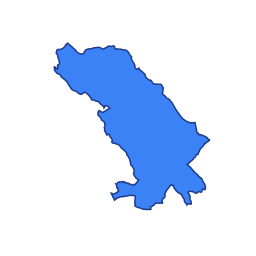 outline of Aquitania, Boyacá, Colombia, rotated 110°
{"feature_id": "7082276B52968134659257", "entity_name": "Aquitania", "entity_type": "district", "adm_level": 2, "iso_a3": "COL", "parent_name": "Colombia", "parent_adm1": "Boyacá", "projection": "robinson", "projection_center": [-72.858, 5.421], "detail": "fine", "context": "isolated", "style": "filled", "palette": "blue", "viewbox_px": 256, "rotation_deg": 110, "n_neighbors": 0, "source": "geoboundaries", "source_scale": "gbopen_adm2", "svg_char_len": 5805}
<svg xmlns="http://www.w3.org/2000/svg" viewBox="0 0 256 256"><g transform="rotate(110 128 128)"><path d="M100.0,66.9L101.4,70.2L101.9,72.5L101.7,75.5L100.8,79.2L98.6,83.1L93.9,89.8L89.0,95.5L88.8,96.3L88.2,96.9L88.2,97.1L87.5,98.1L87.2,99.2L86.7,100.1L86.8,101.1L86.4,102.5L86.2,102.9L85.6,103.3L84.7,106.2L84.2,107.2L83.4,107.7L82.6,107.5L81.6,107.9L79.3,108.3L78.2,108.7L77.1,109.9L75.9,111.6L75.7,112.4L77.1,116.1L77.7,119.1L77.2,120.5L75.8,121.9L75.5,122.5L75.3,123.5L75.7,124.6L75.6,125.3L75.3,125.9L74.3,128.6L73.9,129.0L72.4,129.8L71.8,130.5L71.1,131.8L70.8,132.8L70.6,133.1L70.0,134.5L69.4,136.8L68.4,137.8L68.0,138.3L68.3,138.7L69.0,138.8L69.6,139.3L69.6,140.6L69.2,141.9L68.9,142.3L67.6,142.5L66.8,143.0L65.1,144.6L63.7,146.6L61.8,148.6L60.4,148.7L60.1,148.9L58.8,151.0L57.9,152.2L56.9,153.2L55.7,155.8L55.6,156.4L55.6,157.3L56.3,159.4L56.3,161.2L56.6,162.3L57.0,163.2L57.2,165.1L57.8,165.8L58.0,166.6L57.8,167.6L56.4,168.3L55.6,169.3L57.4,172.3L57.3,173.7L58.1,174.6L62.4,178.2L62.1,181.1L62.1,182.6L62.3,183.4L64.2,187.2L66.5,190.3L66.9,191.6L67.5,192.5L68.6,193.9L69.4,194.6L70.7,195.0L72.8,195.1L73.4,195.3L74.0,196.1L74.5,197.2L74.6,199.6L74.4,201.3L72.7,204.1L71.2,208.0L70.7,208.7L70.0,211.0L69.0,213.3L69.0,213.8L69.6,214.0L70.3,214.6L71.4,215.1L73.0,215.0L74.1,215.8L75.2,216.2L77.3,218.4L78.0,220.5L79.2,221.5L80.4,221.2L81.3,221.3L81.9,221.2L82.5,220.7L83.0,219.7L83.3,219.5L83.6,219.1L85.6,218.0L88.2,215.7L89.1,215.4L90.7,214.3L91.1,214.3L93.0,215.6L93.7,215.6L94.3,215.0L95.9,214.4L96.5,214.3L96.7,215.0L96.1,215.2L96.0,215.5L96.6,216.0L96.6,216.7L95.9,217.0L95.7,217.6L95.8,218.1L96.5,217.6L97.3,217.5L97.9,217.0L98.9,216.8L99.2,216.0L99.8,215.5L100.2,214.4L100.9,213.5L100.9,211.0L101.1,210.2L102.7,208.1L102.8,208.1L104.1,204.2L105.3,201.5L105.7,200.9L110.2,195.3L110.9,194.0L111.3,192.7L111.4,191.3L111.2,189.4L112.5,186.0L112.5,183.9L112.2,183.3L111.8,182.8L109.6,181.3L109.2,180.7L109.2,180.1L109.6,178.5L111.1,175.3L112.1,173.7L112.5,173.4L113.3,172.5L113.5,171.9L114.0,171.5L113.4,169.7L113.4,168.4L113.8,167.5L113.4,165.9L113.3,165.1L113.6,164.0L114.5,162.9L115.0,161.5L115.1,160.7L115.2,160.4L115.7,160.0L116.1,158.5L116.5,158.0L117.4,157.4L116.6,157.1L115.1,157.4L114.7,156.7L114.4,155.5L114.7,153.7L115.8,151.9L116.2,152.4L117.1,153.1L118.4,154.3L119.2,154.5L121.0,156.2L121.8,156.3L121.8,157.3L122.1,158.4L121.6,159.9L121.6,161.3L124.2,161.4L125.9,160.7L126.2,160.2L126.6,159.9L126.8,158.8L127.6,157.4L128.0,156.9L129.4,155.7L129.9,153.9L130.9,151.7L131.4,151.7L132.2,150.9L132.9,150.8L133.6,150.4L135.5,150.5L136.9,149.5L137.7,149.4L138.6,149.0L139.9,147.4L141.8,145.7L141.3,144.7L140.7,144.6L140.7,144.0L141.1,142.7L142.2,142.1L142.9,141.1L143.1,140.4L143.8,139.7L144.3,138.9L145.4,138.5L146.8,138.5L147.0,138.3L147.4,136.9L146.8,135.6L147.1,133.6L146.9,132.9L146.8,132.2L147.3,129.9L148.1,128.9L149.3,126.7L150.0,124.6L151.7,121.1L152.8,120.2L153.5,120.1L153.9,119.0L156.7,115.9L159.3,114.2L160.0,113.6L161.4,113.0L162.1,112.1L162.7,110.7L163.1,110.1L164.6,108.5L166.7,107.3L169.1,107.2L169.5,107.0L170.0,106.4L171.0,105.4L171.6,104.2L172.5,103.2L172.6,102.6L172.7,101.3L173.0,100.4L174.5,100.9L175.7,100.7L177.0,101.6L178.1,101.5L178.8,102.2L178.9,103.1L179.7,103.2L180.2,103.6L180.2,104.3L179.8,105.4L180.2,106.5L179.9,107.5L180.1,108.0L179.8,108.6L179.9,110.2L180.5,111.0L180.7,111.6L180.6,111.8L179.7,112.7L180.1,114.1L180.1,114.6L180.8,114.9L180.9,116.0L181.4,117.0L181.5,117.7L182.1,117.9L182.4,118.6L182.9,119.0L184.2,119.1L184.7,119.9L184.7,120.2L185.4,119.4L187.9,118.1L188.4,117.2L188.4,116.7L189.0,116.6L189.9,115.7L190.8,115.2L191.1,115.4L191.2,115.9L192.4,116.4L194.4,118.2L195.2,119.2L195.4,119.8L194.9,120.9L195.0,121.5L200.4,116.0L198.0,114.6L195.1,111.5L194.2,109.0L193.3,107.9L192.6,106.2L190.9,103.7L190.5,102.8L189.3,98.8L189.5,98.1L190.2,97.4L192.0,97.2L193.3,96.8L196.0,95.9L197.7,95.1L198.3,95.1L199.0,94.6L199.3,91.8L199.0,90.0L199.1,86.3L198.2,82.6L196.7,78.7L194.4,79.7L193.5,78.7L191.4,77.2L189.4,76.5L188.8,75.6L187.6,71.9L186.8,70.0L186.4,69.9L186.0,70.1L185.8,70.3L185.5,70.9L183.3,71.4L181.9,70.4L181.4,70.3L180.5,69.8L179.6,69.9L178.5,70.2L177.7,70.9L177.3,70.9L176.9,70.7L176.0,70.9L175.4,70.6L173.7,70.5L170.9,69.5L168.9,69.0L166.4,67.9L166.8,67.0L166.5,66.1L166.6,65.6L167.5,65.3L167.8,64.6L168.8,63.9L170.5,61.2L171.3,59.6L172.0,56.6L171.7,56.1L171.8,55.9L173.4,53.7L174.2,53.0L175.0,51.7L175.7,50.9L177.5,49.9L178.2,49.3L179.2,47.3L180.0,46.5L179.8,46.5L179.3,45.8L178.5,45.2L178.1,42.8L176.9,42.8L176.0,43.3L174.5,44.5L174.2,45.2L173.9,45.5L172.3,46.1L171.4,46.0L171.0,46.6L170.2,47.3L169.9,47.2L169.5,47.5L168.3,49.5L167.4,49.4L166.5,48.8L166.3,47.5L165.6,46.0L165.8,44.9L165.9,43.2L166.1,42.1L165.9,41.5L165.6,41.0L164.9,40.5L163.9,40.4L163.6,39.8L163.4,37.5L163.1,37.1L162.5,36.9L160.2,37.3L160.0,37.2L159.6,36.5L159.8,34.8L159.6,34.5L158.2,34.6L157.0,35.0L154.5,36.7L154.4,37.3L154.2,37.5L153.2,38.3L152.4,39.6L151.9,40.1L151.3,40.4L150.3,41.6L150.2,42.3L149.8,42.6L149.9,43.3L149.5,43.9L149.4,44.7L147.9,47.0L147.5,48.8L147.2,49.5L146.8,49.9L146.7,50.7L146.2,51.1L145.9,51.8L145.6,52.1L144.7,54.1L143.6,55.7L143.4,56.4L143.0,57.2L143.0,58.0L142.4,59.2L142.4,59.7L142.2,60.1L141.8,59.4L140.6,59.0L140.2,58.6L139.3,58.8L139.0,58.7L138.4,57.7L137.6,57.5L136.9,56.9L135.9,56.6L134.8,55.9L133.8,55.9L132.9,55.0L131.1,54.8L130.2,54.8L129.9,54.6L129.3,54.4L129.1,54.1L129.2,53.5L128.8,53.2L128.1,53.2L126.8,53.3L125.0,52.9L124.0,53.2L123.1,52.8L121.5,52.3L119.1,51.1L117.3,50.9L116.6,50.3L116.2,50.6L115.8,50.5L115.4,49.6L114.2,49.0L113.4,48.4L113.4,48.2L112.2,47.4L111.1,47.5L111.2,48.8L110.9,49.4L110.1,50.0L110.1,50.5L109.6,52.3L109.6,53.4L109.4,53.9L109.5,54.7L109.4,57.1L109.8,58.8L110.1,59.1L110.0,59.4L109.2,59.9L108.8,60.5L108.6,61.0L108.8,61.5L100.0,66.9Z" fill="#3b82f6" stroke="#1e3a8a" stroke-width="1.5"/></g></svg>